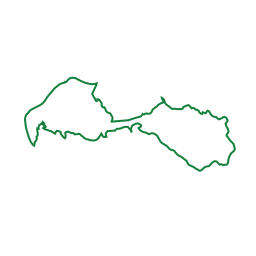 Iranduba, Amazonas, Brazil, rotated 162°
{"feature_id": "56859067B47671113990727", "entity_name": "Iranduba", "entity_type": "district", "adm_level": 2, "iso_a3": "BRA", "parent_name": "Brazil", "parent_adm1": "Amazonas", "projection": "equal_earth", "projection_center": [-60.435, -3.087], "detail": "fine", "context": "isolated", "style": "outline", "palette": "green", "viewbox_px": 256, "rotation_deg": 162, "n_neighbors": 0, "source": "geoboundaries", "source_scale": "gbopen_adm2", "svg_char_len": 4663}
<svg xmlns="http://www.w3.org/2000/svg" viewBox="0 0 256 256"><g transform="rotate(162 128 128)"><path d="M222.7,140.2L221.7,141.9L220.9,143.5L219.6,144.2L218.1,145.8L217.7,147.9L216.2,148.9L215.8,150.0L215.4,151.2L215.1,153.4L214.5,155.6L213.2,154.9L212.7,156.8L211.5,158.2L210.0,158.5L208.6,159.0L208.0,159.5L207.3,160.2L207.0,159.6L206.3,158.0L207.8,157.5L206.2,155.5L205.8,154.7L206.5,154.3L207.0,154.5L207.6,154.7L208.7,154.2L207.6,152.5L205.9,151.5L204.7,150.6L203.5,149.6L202.2,148.9L201.3,147.5L200.1,146.6L199.1,145.2L198.0,146.4L196.7,147.3L195.4,146.7L194.0,145.8L193.3,145.0L193.7,143.4L193.5,142.4L192.9,141.0L192.4,139.5L191.6,138.5L191.1,137.7L190.4,138.3L189.8,139.7L189.4,141.3L189.2,142.8L188.5,143.2L187.1,143.1L186.4,143.1L185.7,142.7L185.2,142.4L184.1,141.2L182.8,140.4L181.5,140.1L180.8,138.5L178.0,137.8L176.5,137.7L175.4,136.7L174.7,135.0L173.6,133.9L172.8,132.2L171.8,131.0L170.6,130.0L169.3,129.4L168.3,128.4L166.8,127.7L165.6,127.1L164.2,126.7L163.6,126.6L162.8,126.4L160.0,127.0L158.7,127.9L157.6,128.9L156.3,129.8L155.1,130.9L154.4,127.4L152.6,126.4L151.2,126.3L151.3,128.2L150.7,129.9L149.2,130.8L148.3,131.4L147.0,131.0L146.0,130.8L144.4,130.4L143.0,130.1L141.6,129.5L140.1,130.0L138.8,130.7L137.4,130.2L136.0,129.9L134.5,129.9L133.1,130.1L131.7,130.0L130.3,130.0L129.0,129.5L127.7,129.0L127.2,127.3L126.1,125.8L126.1,125.0L126.1,124.0L126.0,122.8L125.7,123.5L125.7,124.6L125.5,125.6L125.6,126.3L124.5,127.5L123.4,128.8L122.0,129.3L120.6,129.4L119.4,129.7L117.1,129.3L115.9,128.1L114.7,126.7L115.5,125.2L118.0,124.7L117.2,122.1L116.1,120.9L115.0,119.6L113.8,118.9L112.4,118.1L111.3,117.0L110.2,115.7L108.8,115.7L107.4,115.7L106.0,115.3L104.8,114.4L103.6,113.1L102.6,111.5L102.2,109.6L101.4,105.3L100.4,103.2L99.2,101.9L98.0,100.4L96.8,99.2L95.6,96.5L94.4,94.4L93.1,93.6L91.2,92.2L89.9,88.8L89.0,87.0L87.6,85.3L86.2,84.2L83.9,80.7L82.5,78.7L82.2,76.5L81.8,74.6L79.7,72.4L78.3,71.2L77.2,70.0L76.2,68.6L72.8,65.0L70.5,65.5L69.6,65.9L67.2,67.0L64.8,67.1L62.9,66.7L58.5,69.1L56.0,69.7L54.1,68.8L52.2,64.8L50.6,64.8L49.4,63.7L46.7,62.9L45.1,62.7L43.5,64.2L42.4,66.6L41.8,67.6L41.2,68.6L40.1,69.9L38.7,71.2L37.1,72.3L35.2,73.1L33.7,73.9L32.8,75.3L32.6,80.3L33.7,82.6L34.6,84.1L35.4,86.7L35.9,88.4L36.6,90.2L36.2,90.9L35.7,91.7L33.6,93.2L33.2,95.9L33.9,99.1L33.9,102.0L32.0,103.2L30.8,104.5L31.5,107.5L32.7,108.7L34.1,108.9L35.5,108.4L37.3,108.2L39.1,108.2L40.0,109.6L40.8,111.2L42.1,111.8L43.4,112.7L44.4,114.0L45.1,115.6L45.4,117.3L45.9,119.0L47.2,119.9L48.4,118.9L49.6,118.0L52.1,119.9L53.0,118.5L54.4,119.2L55.3,120.8L55.6,122.8L56.7,123.9L57.5,124.1L58.2,124.9L58.5,125.7L59.0,126.3L59.5,126.9L60.5,127.1L61.6,127.1L61.8,128.0L62.3,129.3L62.7,130.3L63.3,131.0L64.5,131.2L65.5,131.1L66.6,131.0L67.6,131.0L69.0,130.7L70.1,129.5L71.6,129.4L73.1,130.2L74.4,130.3L75.7,130.9L76.9,131.6L78.2,132.1L79.6,132.2L80.8,133.3L81.7,134.9L82.6,136.2L83.7,137.7L84.7,139.1L85.1,140.8L85.0,141.7L85.0,142.8L85.1,144.1L85.4,144.9L85.8,145.4L86.5,146.2L86.6,145.4L86.1,144.2L86.4,143.5L86.0,142.6L86.0,141.8L86.7,141.4L88.3,141.4L89.7,141.2L91.1,140.9L92.6,140.4L93.9,139.5L95.3,139.3L96.6,138.7L97.9,138.4L99.2,137.6L100.3,136.2L101.5,135.4L102.8,134.9L104.3,135.2L105.6,136.0L107.1,136.3L108.5,135.9L109.6,136.9L110.1,136.5L110.9,135.8L112.2,135.0L117.8,135.3L121.3,135.3L125.3,135.3L135.6,137.7L140.4,138.8L140.9,138.9L141.6,139.2L141.1,140.0L140.2,141.1L139.9,141.7L139.6,142.5L139.5,143.4L139.8,144.4L140.0,145.5L140.3,147.2L140.7,147.7L141.5,148.2L142.2,148.7L142.6,149.2L143.0,149.7L143.4,150.3L143.6,151.0L143.6,151.8L143.7,152.7L143.8,154.1L144.0,154.9L144.7,155.4L145.4,155.3L145.9,156.1L146.1,158.0L145.7,158.8L145.5,159.4L145.5,160.4L145.9,161.1L146.1,162.1L146.3,162.8L146.6,163.7L147.4,164.5L148.1,164.8L148.3,163.9L148.9,163.5L149.8,163.3L150.2,164.1L150.4,165.1L150.4,166.0L150.5,166.7L150.8,167.4L150.9,168.1L151.1,169.2L151.5,171.5L144.8,178.8L144.0,180.1L144.8,180.1L145.4,180.0L146.8,180.3L148.7,180.8L149.5,181.1L150.6,181.7L152.7,182.9L154.3,184.0L156.4,185.6L157.5,186.6L158.4,187.4L159.3,188.3L160.3,189.3L161.3,190.3L161.8,191.0L162.3,191.5L162.9,191.8L165.4,193.0L166.7,193.2L167.5,193.3L169.2,192.8L170.1,192.3L170.8,191.9L172.5,190.8L173.4,190.8L173.9,191.4L174.5,190.9L175.1,190.7L176.1,190.9L176.9,190.9L178.4,190.9L179.5,190.7L180.5,190.4L181.4,190.0L185.4,188.5L187.6,187.1L190.6,185.3L195.1,182.5L197.0,180.9L198.4,179.7L200.7,178.3L203.1,177.3L204.9,176.9L205.9,176.7L206.8,176.6L214.4,175.3L216.0,174.9L217.6,173.7L220.6,172.1L222.1,170.4L223.3,168.1L223.9,165.2L224.7,161.3L225.1,156.7L225.1,155.1L225.2,151.5L225.2,149.5L224.7,144.7L223.7,141.6L222.7,140.2Z" fill="none" stroke="#15803d" stroke-width="2"/></g></svg>